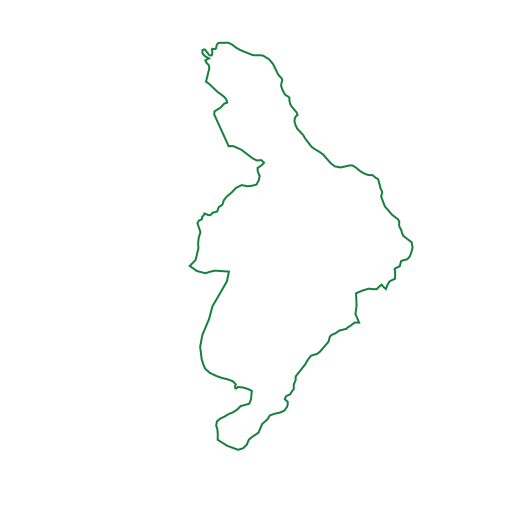 the border of Vientiane, rotated 116°
{"feature_id": "LAO-3284", "entity_name": "Vientiane", "entity_type": "Province", "adm_level": 1, "iso_a3": "LAO", "parent_name": "Laos", "parent_adm1": "", "projection": "natural_earth1", "projection_center": [102.396, 18.611], "detail": "fine", "context": "isolated", "style": "outline", "palette": "green", "viewbox_px": 512, "rotation_deg": 116, "n_neighbors": 0, "source": "natural_earth", "source_scale": "10m", "svg_char_len": 3217}
<svg xmlns="http://www.w3.org/2000/svg" viewBox="0 0 512 512"><g transform="rotate(116 256 256)"><path d="M169.3,328.7L147.1,355.6L144.1,356.7L138.4,353.0L132.6,351.2L131.3,349.3L130.3,349.3L127.9,351.9L126.7,355.1L125.4,362.4L121.8,373.8L121.3,377.3L107.6,380.3L105.2,382.1L103.9,385.4L102.4,387.3L99.0,384.9L99.0,387.6L98.6,389.8L98.0,391.7L97.0,393.2L94.3,394.4L94.2,394.3L94.0,394.0L93.0,393.2L93.0,392.1L95.6,386.8L96.0,385.5L95.1,383.7L93.1,384.0L91.0,385.2L89.9,386.2L88.9,386.2L88.2,383.6L86.9,383.0L83.4,383.8L81.2,383.3L80.2,382.0L79.5,380.3L76.4,374.4L76.5,369.9L77.5,365.1L77.8,359.9L76.9,347.5L76.3,345.4L73.6,339.9L72.8,337.5L73.5,330.5L76.0,324.8L82.9,316.0L84.2,313.4L84.9,311.1L86.3,309.5L89.5,308.9L92.1,308.0L94.6,305.6L96.7,302.9L98.2,300.5L98.5,298.9L98.6,296.9L99.1,295.3L101.4,294.3L104.6,291.7L106.3,289.0L109.0,282.7L111.2,280.4L112.8,281.4L114.6,281.5L116.5,281.1L118.2,280.4L121.5,277.4L121.8,276.8L123.4,275.0L126.5,266.8L128.8,263.4L133.4,254.2L134.1,250.9L134.7,243.7L135.4,240.0L139.8,229.7L140.9,224.5L139.3,218.7L133.2,211.1L132.3,208.5L132.7,205.3L134.2,198.8L134.4,194.8L134.1,191.2L133.7,189.6L132.9,188.3L132.3,186.8L132.6,185.0L133.2,183.0L133.4,180.0L137.6,176.2L140.7,173.7L142.0,171.9L143.4,170.5L147.7,169.6L154.9,162.0L159.3,151.7L160.8,144.5L162.4,142.2L165.3,141.1L167.3,139.4L168.8,137.0L171.2,134.9L173.3,132.6L175.5,122.0L179.9,118.9L185.2,117.9L189.1,117.6L192.8,118.7L194.8,121.3L197.1,123.4L202.1,122.3L206.6,125.8L211.5,122.8L215.7,121.1L217.8,123.0L220.3,124.8L224.5,125.2L228.7,124.8L227.9,127.8L226.7,130.5L229.8,132.0L232.8,132.9L234.6,136.4L235.9,140.3L240.6,145.4L245.7,149.7L256.4,143.9L264.5,141.2L270.7,134.1L272.6,138.2L277.7,140.7L280.0,142.3L281.8,142.8L286.3,148.3L290.5,150.6L294.0,153.6L296.3,154.3L298.6,153.7L301.4,153.3L314.0,156.6L317.1,158.1L321.5,162.9L326.6,163.9L332.0,164.3L346.6,167.5L348.4,166.9L349.9,166.0L355.0,165.7L359.1,163.7L362.3,164.4L365.5,164.7L368.5,167.4L372.1,167.4L373.2,163.6L375.5,162.4L378.0,162.0L382.5,162.7L386.3,165.9L389.7,170.2L393.3,173.7L397.8,174.1L404.3,176.8L413.7,176.3L419.6,179.8L424.1,181.9L429.6,181.6L434.3,183.2L438.0,187.1L439.2,198.3L438.0,209.9L433.4,212.0L429.0,214.5L425.8,217.5L421.8,218.6L417.9,216.9L414.4,214.1L410.2,211.4L406.4,208.0L402.2,205.6L397.7,204.0L391.7,197.3L386.9,197.7L379.0,200.7L379.1,205.1L379.9,210.2L381.7,214.9L383.4,215.3L384.0,216.6L382.4,217.7L380.2,217.9L378.7,222.0L379.3,227.5L380.5,233.0L381.2,238.7L381.3,246.1L379.6,252.3L376.3,256.1L372.4,259.7L362.1,266.4L350.5,269.6L332.8,270.6L320.4,273.1L291.6,271.0L281.9,273.5L287.1,286.4L290.3,290.4L293.7,293.9L295.4,302.5L294.0,311.2L286.2,308.5L274.2,311.2L270.2,313.5L264.7,315.5L258.9,316.4L252.2,323.0L249.0,322.8L246.9,320.8L244.8,321.5L240.8,320.7L240.4,320.9L240.2,320.1L240.2,317.2L239.5,315.1L237.9,314.4L236.2,314.0L235.5,313.2L233.0,310.4L228.2,310.9L226.2,309.5L224.3,308.7L220.1,309.4L215.8,308.5L209.8,305.8L203.5,303.8L198.6,300.0L197.0,294.2L194.5,290.2L191.5,286.9L186.9,286.7L182.4,287.8L179.5,291.3L176.2,293.2L172.2,290.8L168.6,289.7L167.5,293.3L169.8,297.2L169.7,301.9L166.9,315.8L167.2,324.6L168.0,326.2L168.6,327.8L169.3,328.7L169.3,328.7Z" fill="none" stroke="#15803d" stroke-width="2"/></g></svg>